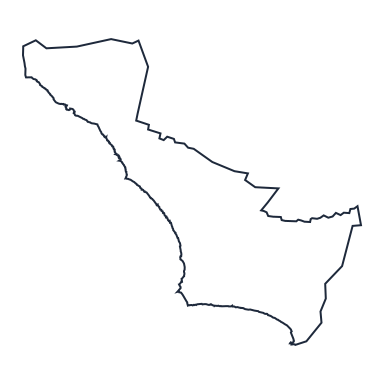 Carmelo, Colonia, Uruguay (orthographic projection)
{"feature_id": "84410073B48030888344446", "entity_name": "Carmelo", "entity_type": "district", "adm_level": 2, "iso_a3": "URY", "parent_name": "Uruguay", "parent_adm1": "Colonia", "projection": "orthographic", "projection_center": [-58.246, -34.041], "detail": "fine", "context": "isolated", "style": "outline", "palette": "slate", "viewbox_px": 384, "rotation_deg": 0, "n_neighbors": 0, "source": "geoboundaries", "source_scale": "gbopen_adm2", "svg_char_len": 5939}
<svg xmlns="http://www.w3.org/2000/svg" viewBox="0 0 384 384"><path d="M23.2,46.3L23.2,48.0L23.0,55.3L24.5,63.0L24.9,66.1L25.5,68.6L25.3,75.0L26.0,77.4L31.6,77.3L32.2,78.0L33.5,79.0L35.5,79.4L35.9,79.8L36.5,80.0L36.9,80.7L36.7,81.0L36.9,81.3L37.5,81.8L38.6,82.1L39.2,82.7L39.5,83.5L40.1,84.2L40.1,85.0L42.0,86.2L42.4,87.0L43.4,87.4L44.3,88.2L44.5,88.1L45.0,88.5L45.3,88.6L45.5,89.0L45.8,89.1L45.9,89.4L47.4,90.2L47.4,90.9L48.1,91.3L48.4,92.3L50.0,93.9L50.0,94.2L50.3,94.4L50.3,94.7L52.5,96.7L52.6,97.2L53.5,98.0L53.7,98.9L53.6,99.4L55.6,102.0L56.1,102.4L58.7,103.6L59.9,103.9L60.6,104.0L61.1,103.8L62.2,104.1L63.1,103.9L63.6,104.0L63.8,104.6L64.0,104.7L65.1,104.5L66.1,105.2L67.0,105.4L66.9,105.7L66.3,105.9L65.5,106.5L65.6,107.0L66.1,107.6L66.0,107.9L66.3,108.3L66.3,109.2L66.8,109.3L67.1,109.8L67.7,109.7L68.9,110.1L69.9,109.6L70.1,108.7L70.3,108.8L70.4,108.6L72.2,108.9L73.0,109.3L73.6,110.0L73.9,111.0L74.7,111.5L74.7,111.9L74.5,112.0L74.2,112.7L73.8,112.8L73.7,113.2L74.4,113.6L75.1,115.2L75.6,115.5L76.1,115.7L77.7,115.8L82.3,118.1L83.1,118.8L84.0,118.9L84.3,119.3L86.6,120.2L87.7,121.8L88.5,121.8L89.3,122.3L90.3,122.4L91.0,123.0L91.8,123.3L94.2,123.6L97.4,124.4L97.8,125.7L98.4,126.6L100.3,130.8L101.3,132.3L101.5,133.4L102.5,134.5L102.8,134.4L103.9,135.6L104.1,136.4L104.7,136.4L104.9,137.1L105.4,137.1L105.5,137.4L105.8,137.6L106.1,137.3L106.0,137.8L106.3,137.9L107.0,139.7L107.0,140.1L107.5,140.7L108.2,140.7L108.6,141.6L109.0,141.7L108.9,142.2L109.3,143.1L109.7,143.1L109.6,143.4L112.0,145.4L112.1,146.2L112.4,146.5L113.0,146.5L113.1,146.9L113.4,147.1L113.5,148.4L113.8,148.6L113.8,149.1L114.3,149.5L114.5,149.4L114.7,149.7L114.5,150.3L114.7,150.5L114.6,151.3L114.8,151.5L114.8,152.0L115.1,152.2L115.1,152.6L115.6,153.1L115.8,153.6L116.3,153.9L115.7,154.3L116.6,154.5L117.0,155.1L117.8,155.4L118.4,156.1L118.8,156.2L118.9,155.9L119.3,156.5L119.0,157.0L118.6,157.1L118.8,157.9L119.0,158.2L119.6,157.8L120.3,158.5L120.7,159.4L120.2,160.2L119.3,160.7L120.0,160.8L121.3,161.4L122.1,162.3L122.0,162.6L122.3,163.0L122.7,163.3L123.2,164.3L123.9,164.9L124.0,165.5L125.2,167.1L125.3,167.3L125.1,167.7L125.3,167.9L125.4,168.6L125.7,169.2L125.5,169.5L125.8,171.3L126.2,171.7L126.0,171.9L126.5,173.1L126.6,174.4L126.9,174.8L126.6,175.9L126.2,176.5L126.1,177.1L125.5,178.4L126.4,178.3L126.5,178.6L127.0,178.8L128.4,178.9L129.2,179.4L130.5,179.7L132.9,181.4L134.3,182.1L135.8,183.6L136.1,183.6L136.6,184.0L137.0,184.9L137.8,185.2L138.2,185.6L139.9,186.5L140.2,187.8L141.4,188.5L141.6,189.7L142.5,189.6L143.2,190.0L144.1,191.4L144.6,191.4L144.6,191.9L146.5,192.4L148.7,195.2L149.8,196.8L149.9,197.2L150.3,197.4L150.4,197.7L150.9,197.9L150.9,198.3L152.3,198.9L152.7,199.6L153.6,200.4L156.2,204.0L156.7,204.2L156.5,204.6L156.7,205.2L157.1,205.4L157.6,205.0L157.6,205.5L158.1,205.5L158.8,206.7L159.3,207.0L159.3,207.6L160.3,209.6L161.3,209.8L161.5,210.9L162.7,211.4L162.9,212.8L163.6,212.9L163.6,213.3L164.2,213.4L164.7,215.5L165.9,216.2L165.9,216.6L166.4,216.7L166.1,217.6L167.4,218.1L167.9,219.8L168.0,219.8L168.7,220.9L169.4,220.7L169.4,221.2L169.8,221.2L170.0,222.8L171.0,222.8L171.8,225.9L172.3,226.9L172.4,227.9L172.9,228.5L173.2,229.3L173.2,230.1L175.1,232.5L175.3,232.6L175.1,232.9L175.2,233.3L176.2,234.4L177.6,238.0L178.1,238.0L178.9,241.3L180.0,243.2L180.5,245.8L179.9,246.3L180.7,250.3L180.7,251.4L181.1,252.3L181.4,254.2L181.2,256.1L180.6,256.1L180.4,256.5L180.2,257.4L180.4,258.0L180.4,259.3L182.5,260.9L183.1,261.9L184.0,263.5L184.7,267.1L184.6,269.7L184.0,271.0L184.0,271.9L184.4,273.1L184.4,274.2L184.1,275.3L184.1,276.2L183.7,276.4L183.5,276.8L182.6,277.8L181.9,278.8L181.6,278.9L182.0,281.6L181.5,281.6L181.5,282.1L181.0,282.2L180.4,283.2L179.5,284.1L179.5,284.4L179.1,284.5L179.5,285.3L179.6,285.6L180.5,286.8L180.6,287.5L180.4,287.9L180.5,288.3L178.9,290.0L178.9,290.5L178.4,290.7L177.4,291.8L178.1,291.6L179.4,292.1L179.4,292.3L180.1,292.4L181.2,292.7L181.5,293.3L181.9,293.7L182.8,295.0L186.6,301.5L187.2,302.3L187.3,303.5L187.9,305.6L189.0,305.1L189.7,305.3L190.1,305.1L191.6,305.0L192.7,305.4L193.5,304.9L194.0,304.9L194.2,305.1L195.6,304.7L196.2,305.0L197.1,304.3L201.2,303.9L201.9,303.9L202.4,304.4L204.4,304.1L205.9,304.1L208.6,304.9L209.5,304.9L210.3,304.4L210.6,304.3L210.7,304.7L211.2,304.7L211.3,304.5L212.1,304.9L212.4,305.2L214.1,305.6L214.3,306.0L214.7,305.7L217.5,305.9L218.5,305.7L219.2,306.1L220.5,306.2L220.9,306.0L221.7,306.3L227.0,306.1L228.2,306.1L228.7,306.4L231.0,306.4L232.3,305.6L232.6,306.5L234.3,306.5L235.7,307.3L237.5,307.1L239.5,307.7L240.8,307.8L240.9,308.0L243.0,308.0L243.4,308.4L244.1,308.5L245.0,309.1L248.5,309.7L250.2,309.5L254.5,310.6L258.3,311.2L259.0,311.9L263.4,312.9L264.2,313.5L265.3,313.9L266.9,313.8L267.3,314.0L268.0,315.1L268.6,315.1L269.3,315.6L270.1,315.7L271.3,316.3L273.1,317.6L274.7,317.9L277.2,319.6L278.1,319.8L278.4,320.2L280.4,321.3L281.0,321.9L282.5,322.6L285.2,324.4L286.9,325.3L290.6,329.1L291.1,329.9L291.2,330.5L291.7,331.3L290.9,332.4L291.1,333.1L293.3,338.6L293.6,339.5L293.6,340.3L293.9,340.7L293.8,341.5L292.9,342.4L291.9,342.9L290.8,342.4L290.5,343.0L290.1,343.1L290.0,343.3L291.1,343.3L291.6,344.0L291.5,344.5L292.1,344.5L292.9,344.2L294.8,344.4L295.3,344.9L306.4,341.3L321.5,322.7L320.5,311.5L325.8,298.6L325.2,283.8L342.1,266.1L352.6,225.9L361.0,225.2L357.5,206.2L354.2,208.6L350.4,209.0L349.3,213.1L343.8,212.7L340.6,215.1L335.9,212.9L332.6,216.5L328.3,217.7L323.7,215.4L320.3,217.8L317.1,218.8L312.1,218.2L310.7,219.1L310.1,222.0L304.5,221.7L301.0,220.4L298.2,219.7L296.3,221.3L285.2,220.9L281.7,220.1L280.8,217.0L273.1,216.7L268.2,216.0L266.6,212.3L263.8,211.0L261.2,210.4L267.8,202.4L278.4,188.4L255.2,187.2L245.1,180.0L247.9,173.4L234.5,171.2L212.3,162.0L193.7,148.8L188.1,147.7L184.4,143.6L175.1,142.4L173.9,138.9L167.2,136.7L163.7,140.1L159.4,138.4L160.5,133.4L148.1,129.5L148.9,124.8L136.2,120.6L137.6,113.7L148.1,66.8L138.5,40.6L132.3,43.5L111.1,39.1L76.8,46.6L46.4,48.3L35.8,40.3L23.2,46.3Z" fill="none" stroke="#1e293b" stroke-width="2"/></svg>